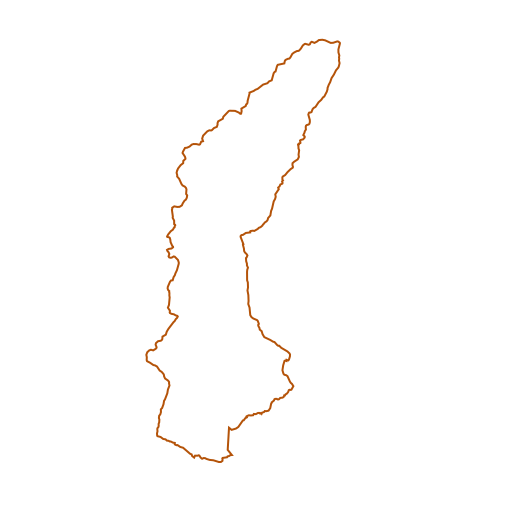 Uzumba Maramba Pfungwe, Mashonaland East, Zimbabwe (Natural Earth projection), rotated 336°
{"feature_id": "62879985B20819792882543", "entity_name": "Uzumba Maramba Pfungwe", "entity_type": "district", "adm_level": 2, "iso_a3": "ZWE", "parent_name": "Zimbabwe", "parent_adm1": "Mashonaland East", "projection": "natural_earth1", "projection_center": [32.048, -17.097], "detail": "fine", "context": "isolated", "style": "outline", "palette": "amber", "viewbox_px": 512, "rotation_deg": 336, "n_neighbors": 0, "source": "geoboundaries", "source_scale": "gbopen_adm2", "svg_char_len": 6117}
<svg xmlns="http://www.w3.org/2000/svg" viewBox="0 0 512 512"><g transform="rotate(336 256 256)"><path d="M218.9,145.6L217.3,147.7L216.9,150.2L216.3,151.3L217.2,154.2L217.2,159.8L217.6,161.7L219.2,163.7L219.7,165.3L219.6,166.8L217.4,170.9L217.8,172.6L216.5,174.6L215.7,175.3L214.8,176.0L213.3,176.3L210.5,178.1L208.9,179.6L206.2,180.0L204.1,179.2L201.5,177.4L199.1,177.8L198.6,179.0L198.0,179.5L196.1,186.1L195.4,187.2L195.6,190.4L194.2,193.6L194.8,194.6L194.8,195.0L193.7,195.9L193.3,196.7L192.2,197.0L190.9,198.1L188.2,198.7L184.5,200.6L182.7,202.0L182.7,202.5L184.2,203.6L184.6,204.2L184.4,206.0L183.6,208.7L183.6,212.8L184.0,213.7L183.8,214.3L181.9,214.8L179.1,214.0L177.2,214.2L177.1,215.3L177.6,216.8L177.7,218.5L177.5,219.1L176.0,220.7L176.1,221.9L177.1,222.8L178.3,223.2L180.6,222.9L181.5,223.6L183.1,227.9L182.8,230.5L182.3,231.6L178.0,236.8L175.2,239.2L174.1,240.5L172.1,241.8L170.0,244.3L168.4,243.8L166.9,244.6L162.9,248.3L162.1,249.6L161.9,251.2L162.5,252.8L162.0,253.5L161.9,254.5L160.8,256.8L160.3,258.7L156.6,265.3L154.5,267.4L155.1,271.0L154.2,272.5L154.2,273.1L155.2,274.4L157.3,275.9L158.4,277.5L159.8,278.7L159.9,279.5L158.6,280.5L157.1,281.0L155.0,282.5L153.9,282.8L146.4,286.9L143.7,288.8L141.6,291.2L137.8,291.6L136.6,293.8L135.8,294.4L134.6,294.7L131.9,294.0L129.2,294.9L128.2,296.2L128.1,298.8L127.8,299.4L126.6,300.0L123.7,300.4L121.9,298.9L120.1,298.8L117.5,299.7L115.6,301.7L115.1,304.0L113.8,306.6L113.7,307.8L115.8,310.4L117.9,313.9L119.2,314.8L120.6,316.7L121.4,321.5L122.7,323.5L123.5,326.2L123.5,327.3L123.1,328.5L123.1,330.9L124.9,333.9L125.3,335.2L125.3,335.9L124.7,337.1L124.3,339.1L121.2,342.2L119.1,345.4L114.5,350.0L113.1,350.9L111.2,353.8L108.4,356.7L106.7,357.4L105.7,359.9L104.1,361.8L102.6,362.5L101.4,364.5L101.2,366.1L99.9,368.6L98.7,369.8L98.0,371.6L97.1,372.7L96.1,373.1L95.5,373.8L94.7,376.1L93.4,377.8L92.7,379.7L92.7,380.5L95.2,382.5L96.8,385.4L98.8,386.7L99.5,388.4L100.9,389.2L101.9,390.5L102.6,390.7L104.3,392.8L105.8,393.7L105.2,394.9L105.5,395.6L106.7,396.7L107.4,396.8L109.1,399.6L111.4,401.5L115.3,409.8L116.5,411.1L116.3,412.7L117.5,415.0L119.1,413.6L121.5,414.7L122.7,414.8L123.1,415.4L123.4,417.6L124.3,419.3L126.1,419.3L127.3,420.0L128.2,421.2L130.7,423.4L134.0,425.3L138.3,429.1L140.2,429.9L142.0,429.5L142.6,428.5L142.9,427.2L143.4,426.9L147.7,428.1L148.5,427.5L150.0,427.8L151.6,427.5L153.0,428.0L151.3,421.6L161.5,401.9L163.0,404.9L167.5,405.5L170.3,405.0L177.1,400.9L178.0,401.1L180.2,399.8L182.0,399.7L182.0,399.3L181.7,399.0L182.2,398.6L184.7,398.6L186.4,399.6L188.6,400.3L189.8,399.4L191.5,400.4L194.0,400.2L195.0,400.6L195.8,401.0L195.8,401.7L196.9,401.8L197.0,402.3L197.7,401.6L199.9,401.8L201.0,401.2L202.1,401.9L204.5,402.4L207.1,400.8L209.9,396.9L210.7,396.5L210.9,396.1L213.7,395.3L214.5,394.4L215.4,394.3L216.9,395.0L217.4,395.8L218.0,396.1L218.7,396.2L220.4,395.5L222.7,396.2L224.1,395.9L225.1,394.8L225.7,395.2L226.8,394.4L228.2,394.3L230.1,393.3L231.4,391.9L232.4,391.9L233.3,392.5L234.0,392.5L237.2,390.1L236.8,387.3L236.2,386.2L235.9,384.6L235.9,378.6L235.1,377.2L233.6,376.0L233.2,374.7L233.7,371.1L236.4,366.9L239.4,363.4L240.2,363.4L241.1,364.3L241.7,363.3L242.9,364.5L243.9,364.1L246.1,361.6L247.0,359.9L247.0,358.7L245.9,356.0L241.7,350.1L240.7,347.4L239.8,347.1L239.1,345.9L237.9,342.1L236.8,341.3L234.8,338.4L230.6,333.5L230.2,330.0L230.6,327.0L229.5,324.8L229.9,323.0L229.7,321.2L229.9,319.9L231.0,319.2L231.2,316.0L230.9,315.0L228.1,312.0L227.0,310.0L226.7,307.7L229.1,300.5L229.4,296.7L230.9,294.1L233.1,288.6L234.2,284.0L235.9,281.5L237.8,276.8L238.0,274.6L241.4,266.8L242.4,265.0L243.9,263.4L243.9,260.9L244.6,259.3L244.9,256.8L246.0,253.8L246.7,253.6L248.4,252.0L248.2,250.5L247.3,248.2L247.2,246.6L248.0,244.3L248.6,240.5L248.8,240.0L249.3,240.0L249.7,232.3L250.0,231.6L251.2,231.0L252.7,231.4L256.1,230.8L260.3,232.1L260.7,231.1L261.2,231.0L263.5,231.6L264.6,232.4L268.6,232.0L270.0,231.4L271.9,231.5L274.3,230.8L275.0,230.2L276.6,229.6L277.5,229.0L279.8,228.6L281.4,227.7L282.4,226.3L285.6,224.8L288.2,220.9L289.9,219.3L294.4,213.3L296.6,211.7L298.1,209.9L298.7,207.5L304.0,204.2L304.0,202.6L304.4,202.4L305.8,202.0L307.3,200.6L309.5,200.6L310.0,200.1L310.1,198.6L311.4,197.9L311.1,197.2L312.1,194.8L312.8,194.3L315.6,193.9L318.9,192.2L323.0,190.7L325.4,190.3L326.0,189.7L326.3,187.7L327.1,186.1L329.1,185.4L333.4,184.7L334.6,183.7L335.5,182.9L336.1,180.7L338.4,177.0L338.6,174.9L339.3,173.3L339.7,171.3L340.2,171.0L340.8,171.4L341.3,170.7L342.4,170.9L342.8,170.3L343.2,168.4L344.1,168.2L346.5,168.6L348.6,167.6L349.1,166.6L348.4,164.8L350.5,163.0L351.3,161.9L353.0,160.8L353.9,158.3L354.7,157.3L355.6,157.0L357.6,157.3L358.6,156.9L359.7,155.5L360.5,153.6L361.3,148.1L362.5,146.8L363.0,146.6L364.1,147.1L365.2,147.1L367.4,144.9L368.9,144.2L371.0,144.0L375.7,141.0L379.1,139.9L381.8,138.3L383.2,138.1L387.5,134.7L389.3,132.6L389.6,131.7L392.2,129.1L394.4,127.4L397.4,124.2L401.0,121.9L404.6,118.9L407.9,117.3L408.9,116.3L410.8,113.8L411.3,111.2L412.3,109.5L412.6,108.3L413.7,106.7L414.1,103.6L415.3,100.8L419.1,96.0L419.3,95.2L418.3,93.5L417.5,93.0L413.2,92.6L410.9,91.7L406.9,87.1L404.5,85.4L401.2,84.3L399.0,84.9L396.1,85.1L394.1,83.0L392.8,83.2L391.3,84.5L390.1,84.5L387.3,82.2L386.7,82.1L384.4,82.7L381.3,84.8L379.1,85.8L378.3,85.9L376.7,85.4L373.6,85.6L371.4,86.1L368.1,88.6L366.8,89.2L365.1,88.8L362.7,88.9L361.7,89.5L360.2,91.6L353.6,90.2L352.4,91.1L348.9,95.4L347.9,95.4L346.5,96.2L341.8,101.9L339.0,101.8L336.7,102.8L332.2,102.3L325.5,104.0L323.1,103.9L321.0,104.3L316.5,104.1L316.3,104.8L311.5,110.8L310.5,112.6L309.7,113.3L308.7,113.5L307.6,114.8L302.6,115.4L301.8,117.8L300.3,119.9L299.5,119.7L298.6,117.9L295.9,114.9L291.1,112.6L290.1,112.5L282.8,115.5L281.5,117.1L276.2,117.6L274.9,119.0L274.3,120.4L272.7,122.1L269.7,122.0L266.9,123.1L266.1,123.1L264.5,122.2L262.2,122.3L256.7,124.5L254.6,126.8L254.3,129.6L252.4,129.3L250.3,131.2L249.3,131.2L247.2,129.6L244.5,128.3L242.6,128.1L239.8,129.0L237.0,129.0L235.1,128.4L231.8,130.9L230.8,132.0L231.5,136.3L231.3,138.0L231.0,138.6L228.3,139.5L227.2,141.6L224.2,142.3L220.3,144.4L219.3,145.5L218.9,145.6Z" fill="none" stroke="#b45309" stroke-width="2"/></g></svg>